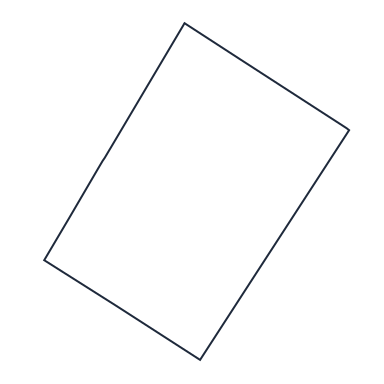 outline of Greene, Mississippi, United States of America, rotated 213°
{"feature_id": "52423323B4006821929898", "entity_name": "Greene", "entity_type": "district", "adm_level": 2, "iso_a3": "USA", "parent_name": "United States of America", "parent_adm1": "Mississippi", "projection": "equal_earth", "projection_center": [-88.55, 31.217], "detail": "fine", "context": "isolated", "style": "outline", "palette": "slate", "viewbox_px": 384, "rotation_deg": 213, "n_neighbors": 0, "source": "geoboundaries", "source_scale": "gbopen_adm2", "svg_char_len": 384}
<svg xmlns="http://www.w3.org/2000/svg" viewBox="0 0 384 384"><g transform="rotate(213 192 192)"><path d="M93.8,55.6L93.9,159.9L93.9,329.4L97.0,329.7L224.8,329.5L290.2,329.5L290.2,328.3L290.1,327.7L287.2,256.5L284.2,183.6L284.2,182.9L283.8,173.1L283.9,169.4L283.5,160.0L280.9,104.6L279.2,63.7L278.8,54.3L190.9,55.3L93.8,55.6Z" fill="none" stroke="#1e293b" stroke-width="2"/></g></svg>